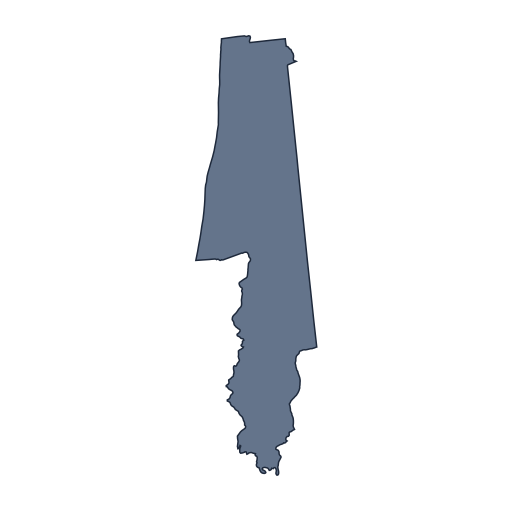 Belterra, Pará, Brazil (Robinson projection), rotated 354°
{"feature_id": "56859067B15515313169577", "entity_name": "Belterra", "entity_type": "district", "adm_level": 2, "iso_a3": "BRA", "parent_name": "Brazil", "parent_adm1": "Pará", "projection": "robinson", "projection_center": [-55.04, -3.248], "detail": "fine", "context": "isolated", "style": "filled", "palette": "slate", "viewbox_px": 512, "rotation_deg": 354, "n_neighbors": 0, "source": "geoboundaries", "source_scale": "gbopen_adm2", "svg_char_len": 5662}
<svg xmlns="http://www.w3.org/2000/svg" viewBox="0 0 512 512"><g transform="rotate(354 256 256)"><path d="M220.1,450.5L220.9,450.5L222.2,450.4L223.9,450.0L224.6,449.5L225.7,449.8L226.2,452.2L227.2,451.9L228.0,451.3L229.1,451.0L230.7,450.9L231.8,451.4L232.7,451.9L233.5,452.1L234.8,452.5L234.3,453.6L234.7,454.7L235.7,455.1L236.2,456.5L235.7,458.9L235.0,460.8L235.4,461.8L234.8,462.9L234.5,463.8L234.6,465.0L235.3,466.1L236.0,466.6L237.0,467.1L237.4,469.2L237.8,470.4L238.3,471.4L239.2,472.3L240.3,472.8L241.5,473.1L242.3,473.0L243.1,472.5L242.9,471.5L242.3,470.6L240.3,469.3L239.9,468.4L240.6,467.4L242.0,467.1L242.9,467.2L245.2,468.0L245.9,468.6L246.8,470.6L247.7,470.5L248.7,470.0L249.4,468.7L250.9,469.3L251.8,468.4L252.7,468.4L253.5,469.4L253.7,470.6L253.8,471.7L253.3,473.3L253.1,474.4L253.4,475.5L254.0,476.2L255.1,475.9L255.7,475.0L256.0,473.2L255.9,471.7L255.7,470.4L255.6,468.8L255.7,467.8L256.2,466.6L256.7,464.2L257.1,463.0L259.4,459.5L259.9,458.6L259.7,457.6L259.0,456.9L258.5,456.1L258.3,455.0L258.4,453.7L258.3,452.7L257.7,451.5L257.0,451.1L256.2,450.7L255.5,450.1L255.7,449.0L256.3,448.0L257.4,447.3L258.7,446.9L259.7,446.3L260.5,446.1L262.1,445.8L263.3,445.4L264.0,444.7L264.9,445.0L266.0,444.6L266.6,443.8L267.6,443.2L266.8,442.5L266.4,441.4L266.7,440.4L267.1,439.6L268.2,438.7L269.4,438.7L270.2,437.9L270.4,436.6L270.4,435.4L270.9,434.6L271.8,434.5L272.9,434.2L273.6,433.7L274.3,433.2L275.4,432.8L276.2,432.5L275.3,430.0L275.2,428.5L275.6,426.9L275.8,425.6L276.0,423.7L276.0,421.8L275.9,420.6L275.5,419.2L275.1,417.9L275.1,416.4L274.7,415.4L274.1,413.6L274.2,412.6L274.2,411.1L274.1,409.8L274.1,408.7L273.7,407.4L273.8,406.3L274.6,405.6L275.4,404.1L276.8,402.7L277.8,401.8L279.0,400.9L279.8,400.1L281.1,399.1L281.8,398.5L282.3,397.8L283.3,396.6L284.7,394.3L285.3,392.8L285.7,391.9L285.8,390.3L286.2,389.0L286.4,387.6L286.6,386.2L286.8,385.2L286.9,384.0L286.8,381.9L286.5,380.4L286.0,378.5L285.6,376.8L285.4,375.1L284.6,373.7L284.4,371.8L284.1,370.6L284.1,368.9L283.8,367.0L283.9,366.1L284.4,365.1L284.7,364.0L284.8,362.5L285.4,360.5L286.0,359.4L287.5,358.2L288.5,357.5L288.9,356.5L289.3,355.6L289.9,355.1L291.2,354.9L292.6,354.4L293.3,354.3L294.3,354.3L295.5,354.5L297.1,354.4L298.4,354.2L300.4,353.9L302.1,354.0L303.7,353.6L304.6,353.5L306.0,353.0L306.9,352.9L306.7,326.5L306.7,297.1L306.6,267.0L306.9,171.9L307.0,163.3L307.0,155.9L307.0,154.0L307.1,108.8L307.1,107.5L307.1,77.5L307.1,72.4L307.1,71.4L307.2,69.9L307.8,69.1L309.7,68.6L311.3,68.1L312.3,67.8L316.3,66.6L315.4,66.1L314.4,65.9L313.8,65.1L313.7,63.6L314.1,62.2L314.3,60.8L314.1,58.7L313.5,57.5L313.1,56.7L312.3,54.3L311.6,53.9L310.9,53.3L310.2,52.0L309.4,51.1L308.0,50.6L307.8,47.0L307.8,43.0L304.3,43.0L293.2,43.0L272.2,43.1L271.9,42.1L272.2,40.7L272.9,39.4L273.3,37.8L272.9,36.6L271.6,36.2L270.6,36.5L269.6,36.7L268.7,36.5L267.6,35.9L260.5,35.8L244.4,36.4L244.1,38.3L244.0,39.3L243.9,40.3L243.6,41.3L243.2,43.2L243.0,44.2L242.8,45.3L242.8,46.3L242.6,47.7L242.3,48.9L242.1,50.5L241.8,51.8L241.6,53.9L240.6,59.8L240.3,62.3L239.5,67.2L238.7,72.1L238.4,75.2L238.2,78.1L237.8,81.9L237.0,85.5L236.3,90.0L235.3,94.9L234.6,99.6L233.7,109.5L232.5,119.2L232.3,121.6L230.5,128.1L229.1,134.4L227.5,139.9L226.8,142.1L225.4,146.9L223.2,152.9L220.2,160.1L219.0,163.2L217.1,167.8L215.8,171.4L215.0,174.8L214.5,177.2L214.1,178.3L213.4,179.9L212.6,183.5L211.5,191.2L211.1,194.2L210.1,200.0L208.8,206.6L207.2,213.8L205.2,220.8L203.5,227.6L202.1,232.8L200.2,239.1L198.4,245.5L195.7,254.1L209.2,254.6L211.8,254.6L214.8,254.7L215.7,254.9L216.4,255.5L217.3,255.2L218.1,255.3L219.7,256.6L220.6,256.6L221.3,256.1L222.6,256.5L240.1,252.1L241.9,251.6L243.1,251.8L244.3,251.3L245.5,251.1L246.5,251.2L247.5,251.5L248.2,252.5L248.8,254.1L248.8,255.3L249.0,256.2L250.2,258.1L250.1,259.3L249.8,260.2L248.2,261.9L247.7,262.8L247.4,264.3L246.9,267.2L246.6,268.2L246.5,269.6L246.1,271.3L245.8,273.0L245.1,275.7L244.1,276.7L241.1,278.1L237.8,280.0L236.8,280.5L236.3,281.5L236.4,282.8L236.8,284.1L237.7,285.5L238.7,286.3L239.0,287.6L238.2,288.5L238.1,289.8L238.5,290.8L238.5,292.4L238.2,293.5L237.8,294.4L237.6,295.6L237.2,297.0L236.9,298.2L236.8,301.3L236.6,302.7L236.3,303.9L235.6,305.0L233.2,307.1L231.6,309.1L230.2,310.6L227.7,312.6L226.8,313.5L226.2,314.5L225.7,316.5L225.9,317.4L226.8,319.0L227.0,320.0L227.0,321.1L227.2,322.2L229.0,324.8L229.7,325.3L230.8,326.5L231.9,327.2L232.4,327.9L232.3,329.0L231.7,329.8L230.9,330.7L229.0,331.9L229.0,333.2L229.8,333.9L230.8,334.4L231.6,335.1L232.5,336.4L234.5,337.0L235.1,338.4L234.2,338.9L233.5,339.7L233.5,340.8L233.2,341.6L232.7,342.3L231.8,343.1L232.1,344.0L232.9,344.7L234.0,345.2L233.4,346.1L231.5,347.1L229.8,347.7L228.6,348.6L228.3,352.6L227.9,354.1L228.0,355.0L228.2,356.3L228.6,357.3L228.5,358.4L227.7,359.5L226.2,361.0L225.2,363.0L224.2,363.5L223.3,362.9L222.3,363.3L221.9,364.8L221.8,366.3L222.0,367.9L221.9,369.8L221.1,372.1L220.9,373.2L220.0,373.9L219.1,374.2L218.2,375.2L215.9,376.4L215.8,377.3L216.0,378.6L215.6,379.8L215.0,380.5L212.8,381.8L212.8,382.8L213.7,383.1L214.8,385.1L215.6,385.9L217.9,387.4L218.4,388.1L218.8,389.1L218.5,390.2L216.6,391.6L215.8,392.7L215.6,393.6L215.1,394.5L214.2,395.4L212.4,396.1L212.3,397.2L214.0,398.2L214.8,398.9L215.4,401.1L215.9,402.1L216.9,403.1L217.9,403.7L218.9,405.3L219.4,406.5L222.2,408.7L222.7,410.8L223.6,412.5L225.1,414.1L225.6,414.9L226.2,416.8L226.3,418.0L227.1,420.0L227.2,421.5L227.0,422.9L227.7,423.7L227.9,424.8L227.3,426.1L225.8,427.0L223.8,428.1L222.2,429.3L218.7,433.2L218.6,435.7L218.8,438.5L217.6,443.6L217.8,444.7L217.8,445.8L218.6,445.7L220.3,442.7L220.9,443.2L220.7,444.1L220.2,444.9L219.7,446.1L219.5,447.3L219.4,449.5L220.1,450.5Z" fill="#64748b" stroke="#1e293b" stroke-width="1.5"/></g></svg>